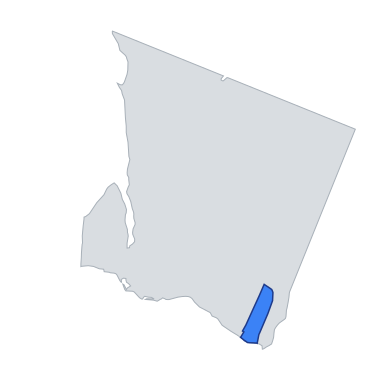 Sidi Barani, Matruh, Egypt (highlighted), rotated 202°
{"feature_id": "37247803B34514127980105", "entity_name": "Sidi Barani", "entity_type": "district", "adm_level": 2, "iso_a3": "EGY", "parent_name": "Egypt", "parent_adm1": "Matruh", "projection": "mercator", "projection_center": [25.953, 30.453], "detail": "fine", "context": "in_parent", "style": "filled", "palette": "blue", "viewbox_px": 384, "rotation_deg": 202, "n_neighbors": 0, "source": "geoboundaries", "source_scale": "gbopen_adm2", "svg_char_len": 3819}
<svg xmlns="http://www.w3.org/2000/svg" viewBox="0 0 384 384"><g transform="rotate(202 192 192)"><path d="M326.0,311.4L318.8,311.4L311.5,311.4L304.3,311.4L297.1,311.4L289.9,311.4L282.6,311.4L275.4,311.4L268.2,311.4L261.0,311.4L253.7,311.4L246.5,311.4L239.3,311.4L232.1,311.4L224.8,311.4L217.6,311.4L210.4,311.4L206.3,311.4L207.0,309.3L207.4,307.8L206.9,306.7L205.5,306.5L204.6,306.8L202.4,311.2L201.3,311.4L198.7,311.4L190.3,311.4L181.9,311.4L173.5,311.4L165.1,311.4L156.7,311.4L148.2,311.4L139.8,311.4L131.4,311.4L123.0,311.4L114.6,311.4L106.2,311.4L97.8,311.4L89.4,311.4L80.9,311.4L72.5,311.4L64.1,311.4L64.1,306.0L64.1,300.7L64.1,295.3L64.1,290.0L64.1,284.6L64.1,279.2L64.1,273.8L64.1,268.4L64.1,263.0L64.1,257.6L64.1,252.2L64.1,246.7L64.1,241.3L64.1,235.8L64.1,230.4L64.1,224.9L64.1,219.4L64.1,213.9L64.1,208.4L64.1,202.9L64.1,197.3L64.1,191.8L64.1,186.2L64.1,180.7L64.1,175.1L64.1,169.5L64.1,163.9L64.1,158.3L64.1,152.7L64.1,147.1L64.1,141.4L64.1,135.8L63.9,134.7L62.7,130.8L61.6,125.9L60.4,119.9L60.2,117.9L58.2,111.7L58.0,109.9L58.5,108.7L61.9,103.4L62.9,100.8L63.7,97.7L64.0,95.2L63.0,91.4L61.9,87.9L61.5,84.4L61.3,80.9L63.0,78.5L65.0,76.2L65.8,74.9L67.0,73.3L67.9,72.6L69.5,75.7L73.0,76.3L84.2,73.5L96.6,76.3L103.5,77.4L114.1,79.7L120.5,84.0L122.3,84.5L126.9,84.5L129.9,87.0L142.0,88.2L148.4,90.9L152.0,93.2L154.2,93.8L156.2,93.7L158.8,92.9L162.1,91.3L165.7,89.2L173.1,83.6L175.8,82.6L177.5,82.9L179.6,82.8L180.4,81.3L181.5,80.3L182.2,79.1L183.4,77.7L187.2,77.3L195.0,74.9L194.1,76.0L187.1,78.7L190.1,79.1L193.2,78.1L196.7,77.6L197.4,76.4L197.8,74.2L198.5,73.9L201.0,74.3L208.2,77.7L210.0,77.7L215.2,75.9L216.3,75.5L217.9,76.5L221.7,80.7L220.4,80.6L216.3,77.0L216.0,78.8L213.7,81.9L216.5,83.3L218.9,83.8L220.2,85.5L220.9,87.1L223.3,86.4L224.9,84.3L224.1,83.1L223.5,81.9L224.2,81.9L225.8,82.9L230.4,86.9L232.0,87.7L233.8,87.6L237.5,86.5L238.6,86.6L243.6,85.2L244.2,86.2L245.0,87.3L249.1,86.1L255.4,86.1L260.6,84.8L266.6,81.7L267.1,81.2L267.4,82.0L268.2,84.1L270.0,89.6L271.6,93.9L273.5,99.8L274.2,102.1L274.4,103.7L277.3,110.2L278.9,115.5L280.2,119.8L281.9,126.1L282.7,128.3L281.4,129.4L279.0,133.5L276.3,146.4L272.6,156.5L272.2,162.7L271.6,165.0L269.8,168.2L267.6,171.3L263.7,169.7L257.5,164.2L253.8,159.0L249.9,155.7L246.2,151.2L245.2,148.0L245.2,145.9L243.6,140.9L242.4,138.5L237.9,133.1L236.6,130.2L235.6,129.0L234.6,127.2L233.0,120.2L231.2,115.7L229.1,116.9L229.5,118.8L227.7,121.4L226.6,124.4L227.5,126.9L231.1,130.6L231.9,132.2L232.8,135.7L232.6,140.5L233.2,142.2L236.0,145.7L237.0,147.8L237.6,149.6L238.5,151.3L241.2,154.3L245.2,160.2L248.9,164.1L251.6,166.0L252.8,167.9L253.0,172.8L252.8,175.2L255.2,179.6L256.1,181.8L258.4,183.6L259.4,185.7L260.4,189.0L261.8,198.9L263.8,201.3L270.0,214.2L275.2,222.4L277.7,228.5L281.5,235.8L289.0,252.0L293.5,256.9L295.3,259.7L298.5,261.8L302.0,264.9L298.7,264.6L297.9,264.8L296.7,265.3L296.1,267.2L295.9,268.8L296.3,276.8L297.2,281.0L300.1,288.7L302.3,291.1L303.4,292.6L304.9,293.7L311.9,296.3L315.9,301.9L325.1,309.0L326.0,310.9L326.0,311.4Z" fill="#d9dde1" stroke="#a8b0b8" stroke-width="1"/><path d="M92.5,75.4L91.9,75.3L91.6,75.2L91.4,75.1L91.2,75.0L90.9,75.0L90.7,74.9L90.4,74.8L90.0,74.7L89.8,74.6L89.7,74.6L89.4,74.5L89.1,74.4L88.9,74.3L88.7,74.2L88.3,74.1L88.2,74.1L87.8,74.0L87.7,74.0L87.7,73.9L87.3,73.9L87.2,73.8L86.9,73.8L86.7,73.8L86.7,73.7L86.4,73.7L86.1,73.6L85.7,73.6L85.2,73.5L85.0,73.4L84.7,73.3L84.3,73.2L84.1,73.3L83.7,73.4L83.3,73.5L82.8,73.6L82.5,73.7L82.1,73.8L81.9,73.9L81.3,74.1L81.0,74.2L80.8,74.3L80.2,74.5L79.2,74.9L78.6,75.1L78.0,75.3L77.6,75.4L77.1,75.6L76.6,75.7L76.3,75.9L76.0,76.0L75.8,76.1L75.5,76.1L75.3,76.2L74.9,76.2L76.6,84.9L76.5,86.6L76.1,107.6L76.6,121.4L79.3,129.1L80.4,130.4L81.6,131.5L90.5,133.4L90.8,121.0L91.4,107.9L92.2,88.9L93.1,82.0L91.5,81.7L92.5,75.4Z" fill="#3b82f6" stroke="#1e3a8a" stroke-width="1.5"/></g></svg>